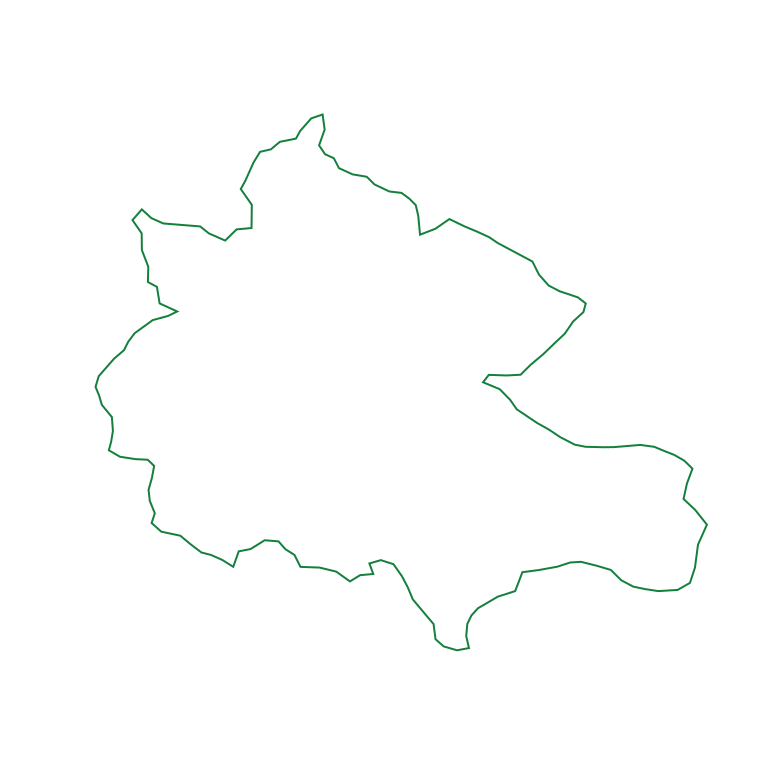 the district of Cássia dos Coqueiros, São Paulo, Brazil, rotated 257°
{"feature_id": "56859067B80164547414352", "entity_name": "Cássia dos Coqueiros", "entity_type": "district", "adm_level": 2, "iso_a3": "BRA", "parent_name": "Brazil", "parent_adm1": "São Paulo", "projection": "natural_earth1", "projection_center": [-47.145, -21.267], "detail": "fine", "context": "isolated", "style": "outline", "palette": "green", "viewbox_px": 768, "rotation_deg": 257, "n_neighbors": 0, "source": "geoboundaries", "source_scale": "gbopen_adm2", "svg_char_len": 2110}
<svg xmlns="http://www.w3.org/2000/svg" viewBox="0 0 768 768"><g transform="rotate(257 384 384)"><path d="M446.1,102.3L436.8,103.8L427.1,104.4L413.0,111.4L399.2,109.3L389.0,105.1L381.3,101.0L372.5,110.4L366.6,125.2L363.4,136.7L355.9,141.6L344.6,136.7L333.9,130.8L323.0,129.5L309.6,131.6L300.8,126.3L290.2,133.8L282.0,151.4L271.1,159.7L260.9,168.2L256.4,176.9L248.9,186.9L239.8,196.0L253.6,204.8L253.2,216.9L258.6,232.6L254.4,245.8L245.3,250.7L237.6,258.3L224.6,261.5L219.6,280.0L211.9,295.3L199.3,306.4L203.1,317.7L201.3,330.8L212.4,329.4L213.1,341.3L206.3,352.7L192.5,358.3L180.2,361.5L167.7,363.6L148.4,373.4L138.9,378.3L123.7,376.8L114.9,383.1L108.1,395.3L107.6,407.4L119.9,407.4L131.5,411.2L138.9,417.2L144.4,425.2L151.2,447.1L152.7,465.2L160.5,470.5L169.5,476.5L167.9,492.9L167.0,512.0L168.2,525.2L166.4,536.0L158.9,550.7L151.8,563.2L139.3,571.1L130.5,581.3L125.5,592.1L120.5,604.7L117.3,623.8L121.4,637.4L135.2,645.7L156.8,653.8L174.3,667.0L191.3,658.9L204.6,650.0L218.9,656.8L232.1,665.5L241.8,659.3L249.5,651.0L255.5,642.3L262.0,633.2L267.0,620.0L269.1,605.3L270.8,593.8L272.9,584.1L277.5,566.2L282.0,556.2L292.6,543.7L302.4,534.5L311.5,524.5L329.4,507.7L340.3,503.3L352.9,495.6L363.4,480.9L369.3,488.2L364.7,505.6L362.3,519.2L369.7,531.1L377.2,545.8L385.1,559.0L392.4,571.5L402.4,582.4L409.2,594.5L417.1,598.7L424.8,592.4L435.0,575.8L442.9,566.6L455.7,559.6L469.9,556.2L486.9,536.7L495.6,526.7L503.3,519.6L512.1,508.2L519.4,498.0L530.0,484.8L523.7,469.0L521.4,452.7L540.2,455.2L551.1,455.2L559.0,450.3L566.3,444.0L570.4,432.5L580.5,419.7L589.8,413.8L595.3,400.6L604.4,388.7L615.3,385.9L621.1,378.3L631.1,374.4L645.2,383.4L660.4,384.8L659.2,372.9L649.5,359.3L642.9,353.4L643.4,337.0L638.1,326.6L638.1,315.5L629.3,306.8L613.6,294.9L606.2,288.3L588.3,295.5L565.8,290.0L567.8,275.1L559.5,261.5L570.1,247.3L578.9,240.3L590.1,205.0L598.0,194.6L608.6,187.3L600.3,175.8L585.3,181.8L569.0,178.2L551.3,180.7L536.5,176.9L529.7,184.6L513.0,183.5L501.2,198.8L498.9,189.0L498.3,173.1L489.6,152.5L482.8,144.4L475.4,138.2L469.4,126.7L455.8,107.8L446.1,102.3Z" fill="none" stroke="#15803d" stroke-width="2"/></g></svg>